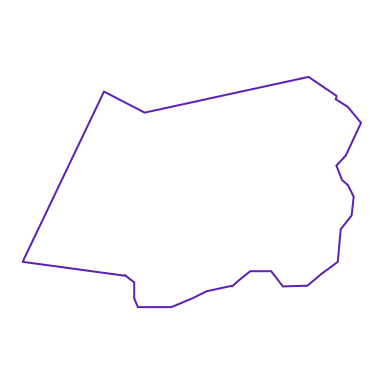 Vadstena, Östergötland, Sweden (Mercator projection)
{"feature_id": "70781695B1956121953089", "entity_name": "Vadstena", "entity_type": "district", "adm_level": 2, "iso_a3": "SWE", "parent_name": "Sweden", "parent_adm1": "Östergötland", "projection": "mercator", "projection_center": [14.877, 58.447], "detail": "fine", "context": "isolated", "style": "outline", "palette": "violet", "viewbox_px": 384, "rotation_deg": 0, "n_neighbors": 0, "source": "geoboundaries", "source_scale": "gbopen_adm2", "svg_char_len": 552}
<svg xmlns="http://www.w3.org/2000/svg" viewBox="0 0 384 384"><path d="M232.0,286.4L239.4,279.9L250.3,271.2L271.2,271.2L282.8,286.4L307.4,285.7L321.2,274.1L337.8,261.8L340.7,229.3L351.6,215.5L353.4,199.3L353.7,196.7L347.9,185.1L342.1,180.1L336.4,165.6L345.8,155.5L361.0,122.9L347.9,107.0L335.7,99.2L336.4,97.6L336.4,95.8L308.5,76.9L144.6,112.6L104.0,91.6L23.6,259.8L23.0,261.9L124.7,275.7L125.0,275.2L134.2,282.4L134.2,298.3L137.8,307.1L171.3,307.1L192.5,298.3L206.7,291.2L231.4,285.9L232.0,286.4Z" fill="none" stroke="#5b21b6" stroke-width="2"/></svg>